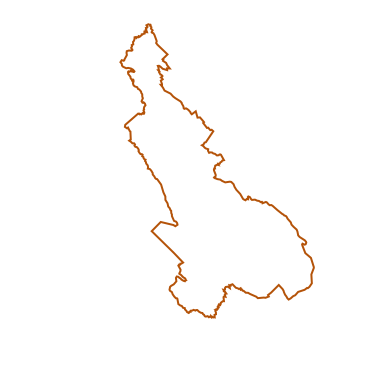 Thong Nhat, Đồng Nai, Vietnam, rotated 135°
{"feature_id": "81297802B78615286204020", "entity_name": "Thong Nhat", "entity_type": "district", "adm_level": 2, "iso_a3": "VNM", "parent_name": "Vietnam", "parent_adm1": "Đồng Nai", "projection": "equal_earth", "projection_center": [107.157, 10.974], "detail": "fine", "context": "isolated", "style": "outline", "palette": "amber", "viewbox_px": 384, "rotation_deg": 135, "n_neighbors": 0, "source": "geoboundaries", "source_scale": "gbopen_adm2", "svg_char_len": 6042}
<svg xmlns="http://www.w3.org/2000/svg" viewBox="0 0 384 384"><g transform="rotate(135 192 192)"><path d="M191.7,286.7L193.4,285.5L192.9,282.9L191.7,282.8L192.9,279.2L192.8,278.3L198.2,272.4L200.1,272.7L199.7,270.7L199.7,268.5L198.5,267.3L198.7,265.9L199.9,265.5L200.1,264.0L199.3,262.9L199.4,260.7L200.0,259.2L200.9,258.8L201.4,257.2L201.6,255.2L200.7,254.2L200.6,253.2L201.9,252.5L201.6,251.2L202.4,249.9L202.5,248.7L202.0,247.7L203.3,247.1L203.4,245.8L204.3,244.5L204.5,242.1L205.6,240.5L206.7,239.8L205.6,238.0L205.7,236.0L206.4,233.2L207.4,232.1L207.6,229.7L208.2,227.8L208.1,226.5L207.6,226.0L207.6,225.3L208.6,219.1L212.5,211.9L214.0,207.7L216.4,205.2L217.3,201.3L219.1,198.5L219.2,196.4L220.1,194.2L220.0,193.5L221.6,191.7L222.1,190.3L223.2,189.2L224.0,187.2L225.1,184.3L224.2,182.2L224.5,180.5L225.4,179.1L228.0,179.6L228.5,181.8L235.3,192.9L248.2,192.8L247.9,161.8L248.2,148.4L250.0,148.8L250.9,149.5L251.3,149.1L252.1,149.1L252.5,149.8L253.7,149.6L255.0,145.2L256.2,144.2L258.6,143.4L258.8,143.1L258.4,141.1L258.5,137.8L258.0,136.1L258.1,135.2L258.5,134.7L258.6,133.8L259.4,134.1L260.1,133.9L260.8,135.2L261.4,137.6L261.2,139.0L261.6,140.0L261.7,141.8L262.5,143.0L264.1,142.6L266.2,139.9L270.2,139.6L273.1,140.4L274.6,140.4L277.0,138.8L277.4,137.8L277.0,135.4L278.0,133.3L278.5,130.4L278.5,128.2L277.8,127.5L277.8,126.9L280.9,122.4L280.5,120.0L279.8,118.6L280.2,116.4L279.2,115.0L280.0,114.0L280.0,111.8L280.4,110.7L279.9,108.8L279.4,108.7L278.7,109.1L277.8,108.4L277.6,108.9L276.9,109.0L275.7,108.0L274.2,107.5L273.4,105.7L272.6,105.6L271.7,104.7L271.7,102.5L271.1,100.3L270.2,99.1L270.6,97.7L270.3,96.6L270.7,95.6L270.7,94.7L270.3,94.1L268.7,93.1L268.6,91.5L267.2,91.2L267.0,90.0L266.3,90.7L266.3,89.4L265.8,89.3L265.7,88.3L265.1,88.1L264.6,87.3L263.0,89.2L261.5,88.6L260.2,90.0L259.6,91.5L258.5,92.0L258.2,91.4L257.7,91.0L257.3,91.1L257.7,91.8L256.3,91.2L255.9,91.8L254.9,91.5L254.7,92.7L253.6,92.5L253.4,93.2L252.3,93.5L251.9,92.2L251.3,92.6L250.9,92.5L250.0,93.3L247.4,93.0L246.6,92.2L244.3,95.1L243.7,95.5L243.0,95.4L242.4,94.3L241.5,96.1L240.8,96.0L240.0,96.9L239.5,96.3L239.2,98.0L239.7,99.3L239.2,99.7L238.9,100.6L238.3,99.6L237.4,99.9L236.5,100.8L235.3,101.0L233.6,99.7L233.2,97.3L231.5,99.7L230.8,98.4L230.0,98.8L228.6,98.1L228.7,93.3L227.7,91.4L227.4,90.1L225.6,89.6L225.8,89.0L226.5,88.3L225.7,87.9L226.0,86.4L225.4,85.7L225.2,82.8L223.6,81.0L223.1,78.9L220.6,72.5L220.5,70.4L215.9,66.6L214.8,65.2L211.6,63.8L211.1,65.4L207.3,64.9L196.4,64.9L196.6,59.3L197.1,57.4L197.8,56.2L198.8,53.6L199.1,51.4L199.7,49.4L199.7,47.6L197.4,47.0L194.1,46.8L192.0,46.0L187.6,46.3L181.5,43.2L178.5,42.8L178.1,42.1L176.0,41.9L171.8,42.7L165.9,49.3L159.7,52.1L159.0,52.7L154.5,61.3L155.1,68.6L151.8,76.1L151.2,77.1L150.4,77.3L149.6,75.1L148.6,74.7L147.0,75.4L146.6,76.1L146.4,78.0L147.7,84.0L147.6,86.2L145.4,89.5L144.6,91.4L144.8,95.5L144.7,98.6L143.6,100.7L143.3,105.5L142.6,107.7L142.6,108.6L143.4,110.3L143.3,111.4L143.7,112.6L144.4,118.8L144.8,125.4L145.2,126.8L146.3,127.6L146.6,129.0L146.4,131.7L146.8,132.7L150.1,134.2L149.5,135.2L149.5,135.6L150.5,136.1L151.0,138.4L152.0,139.7L152.9,142.1L155.2,144.0L155.3,145.0L154.7,147.5L155.3,149.0L156.0,149.0L157.5,147.2L158.3,148.4L160.0,148.3L160.6,149.9L160.8,151.0L159.3,156.5L159.1,162.1L158.3,165.5L157.1,168.1L157.1,171.3L157.9,172.5L161.7,175.3L162.9,178.6L163.2,180.7L165.1,183.4L165.3,184.4L165.9,185.1L166.2,186.6L165.6,186.7L164.7,186.4L163.8,186.7L163.1,187.4L161.2,191.7L160.6,192.4L160.1,192.7L159.2,192.3L158.8,193.2L157.2,193.8L156.9,194.2L154.9,193.5L154.3,192.5L154.2,193.0L153.9,192.8L153.5,193.5L152.5,192.4L150.9,192.9L149.8,192.5L148.4,192.8L146.9,191.9L145.2,197.9L145.5,198.7L146.1,199.1L147.1,199.1L148.5,200.2L148.8,202.8L149.7,204.2L149.9,205.8L151.1,207.1L152.2,207.6L151.5,209.9L150.3,210.8L151.4,212.9L151.7,214.4L151.5,216.3L151.9,218.0L150.1,217.5L148.2,218.1L147.0,217.4L134.0,219.9L134.1,222.1L135.3,222.8L135.1,226.1L136.1,226.7L135.3,232.9L134.1,232.9L133.6,239.1L135.5,240.7L132.3,246.4L137.2,247.1L137.2,248.5L136.7,249.6L136.5,252.3L136.7,254.0L137.1,255.4L138.6,256.2L138.7,257.0L137.5,258.7L136.6,262.0L136.2,262.4L136.1,264.3L137.4,270.0L137.8,272.8L137.6,276.7L139.7,283.1L138.7,286.5L138.3,289.8L137.5,288.9L136.9,289.5L135.3,292.8L133.0,292.4L132.7,293.9L133.0,294.9L130.9,294.9L130.8,296.6L131.3,297.4L130.6,299.9L129.9,300.0L129.8,301.8L129.4,301.4L129.1,301.5L129.0,302.4L127.9,303.3L127.0,305.3L126.1,304.6L125.7,303.1L125.6,299.9L123.4,295.8L122.3,297.1L120.4,295.1L119.9,299.3L119.0,301.6L119.8,305.3L118.7,305.8L118.9,306.7L112.0,306.6L112.3,320.6L112.0,322.7L110.4,323.5L110.0,324.2L107.5,329.6L107.0,331.6L107.6,332.8L107.5,333.6L105.5,334.2L105.5,336.5L104.2,337.2L104.1,338.9L103.3,339.1L103.1,339.7L104.1,340.8L104.3,341.5L106.3,342.1L106.7,340.2L107.5,340.0L108.6,340.6L109.4,339.3L110.2,339.3L110.2,338.0L110.8,336.8L111.2,337.3L111.3,338.3L112.2,339.1L112.8,338.5L113.0,337.8L113.4,337.5L114.7,338.3L115.7,338.4L116.1,339.0L116.7,338.6L118.8,338.7L119.4,339.8L120.1,339.1L120.7,339.4L121.3,340.5L122.4,340.3L122.4,341.5L123.2,342.0L124.6,340.7L126.4,339.9L127.6,339.8L129.2,337.9L130.7,338.5L131.6,337.3L133.0,337.0L133.4,336.1L133.4,335.0L134.0,334.4L134.8,334.6L136.6,336.7L138.5,337.7L139.9,336.7L141.2,334.9L146.3,333.4L146.8,333.0L147.5,333.1L148.5,334.9L150.8,334.4L151.0,332.3L152.1,330.9L152.2,329.4L151.0,326.0L149.4,324.9L147.8,322.4L147.2,320.1L147.4,318.0L148.2,317.9L148.7,318.5L148.6,319.3L149.4,319.8L149.5,321.1L151.1,321.1L151.6,322.2L152.4,322.1L153.6,320.6L154.0,317.1L154.8,316.1L155.1,315.0L155.0,313.9L154.2,313.3L154.2,312.6L154.6,312.1L155.2,313.1L155.6,313.1L156.2,310.8L157.1,310.4L157.9,308.6L157.7,306.9L156.6,304.8L157.3,303.2L156.8,301.9L157.0,299.1L157.8,297.9L158.1,296.3L159.8,294.5L160.4,293.1L163.5,291.8L163.9,290.1L163.3,289.4L162.8,289.5L162.7,288.9L162.9,287.5L163.6,286.2L165.4,286.0L166.9,285.2L167.5,284.2L168.5,284.1L169.4,282.0L170.5,281.3L171.2,281.8L171.1,282.7L173.1,282.8L173.6,284.3L174.2,284.2L174.6,285.5L191.7,286.7Z" fill="none" stroke="#b45309" stroke-width="2"/></g></svg>